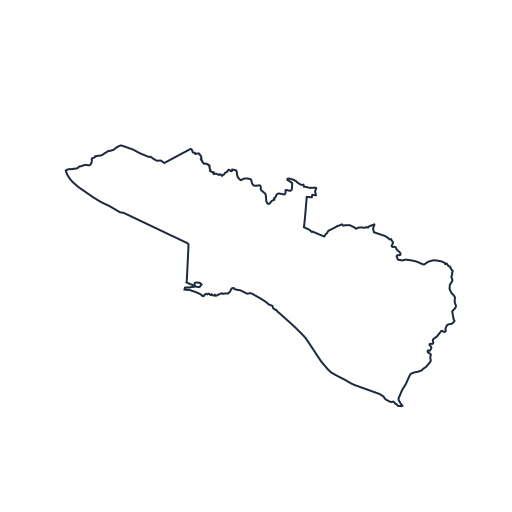 the district of Ratchasan, Chachoengsao, Thailand, rotated 112°
{"feature_id": "78962969B64139480936177", "entity_name": "Ratchasan", "entity_type": "district", "adm_level": 2, "iso_a3": "THA", "parent_name": "Thailand", "parent_adm1": "Chachoengsao", "projection": "robinson", "projection_center": [101.266, 13.772], "detail": "fine", "context": "isolated", "style": "outline", "palette": "slate", "viewbox_px": 512, "rotation_deg": 112, "n_neighbors": 0, "source": "geoboundaries", "source_scale": "gbopen_adm2", "svg_char_len": 6033}
<svg xmlns="http://www.w3.org/2000/svg" viewBox="0 0 512 512"><g transform="rotate(112 256 256)"><path d="M193.1,72.1L193.3,73.3L193.2,73.9L191.6,76.4L192.6,77.5L192.5,77.8L191.8,78.3L191.5,80.7L191.6,82.3L192.4,86.3L193.4,89.8L196.3,93.6L198.0,95.0L200.6,96.7L201.0,97.2L201.2,98.2L201.1,99.1L201.2,100.3L201.0,103.2L201.1,106.3L202.0,110.8L203.0,114.9L203.3,115.8L205.6,119.2L205.6,120.5L206.2,122.3L205.9,123.5L205.0,124.1L204.1,125.2L203.5,125.5L202.7,125.5L202.3,125.2L201.7,123.6L200.9,122.7L200.3,122.6L199.6,123.0L198.8,124.0L197.4,127.8L196.1,129.2L195.5,130.1L195.6,131.0L196.4,132.5L196.4,133.2L196.2,133.7L195.6,134.1L193.2,133.8L192.5,133.9L191.6,134.5L190.9,135.9L189.9,136.8L189.8,137.2L190.4,138.0L190.5,138.6L189.8,140.3L189.1,143.9L189.7,153.4L189.7,154.2L189.9,155.3L189.0,156.2L187.7,157.0L187.0,157.6L185.3,157.9L182.9,157.9L182.5,158.0L182.4,158.2L186.2,162.3L187.8,162.9L187.8,164.4L188.8,165.4L189.5,166.7L189.8,168.4L190.8,170.8L191.4,171.7L193.3,173.6L193.3,173.8L192.9,174.4L192.7,175.1L192.3,180.6L194.2,185.1L195.2,186.6L194.5,188.2L196.4,190.1L197.9,191.9L200.0,193.5L205.4,198.2L206.2,198.5L208.0,198.7L209.9,199.6L211.8,199.9L212.4,200.1L212.2,212.7L212.3,212.9L212.8,213.1L211.6,216.9L211.4,222.3L203.9,224.4L182.2,231.1L180.7,226.3L178.5,226.7L178.1,226.6L177.6,224.3L177.2,223.3L176.2,223.8L174.3,225.3L173.4,225.5L170.6,225.5L170.3,226.0L170.4,226.7L171.9,229.7L172.7,231.8L173.2,235.5L173.8,237.5L172.1,238.7L173.0,240.3L173.1,241.0L172.5,244.8L171.8,246.4L171.2,249.3L171.7,252.8L171.6,254.0L172.5,255.7L173.8,255.2L173.9,254.1L174.6,250.7L174.6,250.2L174.8,249.9L175.5,249.5L180.3,247.8L181.4,247.9L182.3,248.3L182.9,249.0L183.4,252.6L183.7,253.1L184.2,253.2L186.6,252.2L187.4,252.3L188.4,252.8L189.3,257.7L189.8,258.7L190.6,259.5L191.4,259.9L193.9,259.9L194.6,260.3L195.2,260.4L195.7,260.9L196.8,260.0L199.0,262.0L202.4,263.1L202.8,263.5L203.1,264.6L202.9,265.2L202.5,265.8L201.3,267.0L196.3,269.5L195.1,270.3L194.5,271.4L193.3,275.2L192.7,276.4L190.1,277.5L189.1,278.4L189.3,279.5L191.2,283.0L191.4,283.7L191.4,284.4L191.0,285.6L190.5,286.5L189.7,287.2L187.3,288.9L186.9,289.7L186.9,290.8L187.5,293.5L188.5,295.6L189.2,296.7L191.1,298.0L191.4,298.8L190.7,300.6L189.7,302.5L188.0,303.8L184.7,305.7L184.1,306.5L184.1,307.0L184.7,310.4L184.9,310.4L185.9,310.1L186.6,310.6L186.6,311.6L186.1,313.1L186.3,313.7L187.0,314.0L189.3,314.6L190.4,315.8L192.3,316.2L192.9,316.6L193.4,317.3L194.3,317.4L194.3,318.0L193.7,319.4L193.7,319.9L193.9,320.3L194.7,320.7L194.6,323.6L194.9,324.4L195.5,325.2L195.8,326.0L195.4,326.4L194.3,326.5L194.1,326.7L194.2,327.0L194.7,327.8L194.4,329.0L194.6,330.2L193.8,330.7L193.0,330.7L192.7,331.4L191.4,332.1L191.0,332.5L190.0,332.6L189.9,332.7L189.8,333.5L189.1,334.1L189.4,334.8L189.3,335.1L189.0,335.4L189.1,336.8L190.0,338.8L189.5,339.5L189.0,341.0L188.1,341.4L187.7,341.9L187.6,342.6L187.1,342.7L186.7,343.6L186.4,343.6L186.0,343.3L185.6,343.3L184.2,344.3L183.4,345.2L183.3,346.0L182.4,346.9L182.5,348.1L184.0,350.2L184.1,350.5L183.9,350.8L183.2,351.4L183.6,352.6L183.5,353.6L181.9,354.8L181.4,355.6L181.2,356.4L181.3,356.8L204.1,375.9L203.2,379.9L203.3,380.4L204.4,382.6L204.8,384.0L204.3,387.5L203.5,390.8L204.3,392.6L204.2,402.5L203.4,409.7L203.7,418.0L204.0,422.5L205.3,424.1L207.9,426.2L210.9,427.8L213.6,431.3L214.0,432.3L216.2,433.8L217.6,435.0L218.7,435.5L220.6,437.1L223.7,442.3L224.1,442.1L225.4,443.0L227.1,444.7L229.5,443.8L231.1,443.5L233.0,443.6L234.1,444.3L234.7,445.3L235.1,447.4L236.0,449.3L238.2,451.7L239.3,453.5L241.1,454.2L242.4,455.7L242.9,456.5L243.2,457.5L244.1,458.6L245.7,462.2L246.5,463.1L248.0,464.4L251.1,461.8L254.6,456.8L256.2,453.4L258.2,447.8L258.9,445.3L262.7,428.2L263.9,420.8L264.2,418.2L264.6,410.6L266.4,398.6L265.6,394.7L268.4,347.8L268.6,345.4L269.1,335.6L269.8,325.0L270.0,323.8L270.4,323.2L271.0,322.7L304.9,310.9L306.5,310.6L306.7,306.8L306.6,302.4L306.2,302.1L305.6,302.1L304.1,302.7L303.7,302.5L303.3,301.9L302.6,300.6L302.2,298.8L301.9,298.3L302.2,297.6L302.6,295.9L305.3,296.5L306.1,297.0L306.3,297.4L306.9,300.5L310.0,305.9L311.9,310.0L313.9,309.7L313.0,306.4L312.4,305.4L312.3,303.7L312.0,297.8L312.2,293.7L312.4,292.4L313.1,291.2L312.8,289.5L312.1,289.6L309.7,288.1L309.8,286.7L308.7,285.9L309.2,283.5L308.2,282.9L308.7,282.3L308.5,280.3L308.4,280.0L307.5,279.8L307.3,279.6L307.9,278.3L306.7,277.0L306.0,276.7L305.3,275.7L303.4,273.9L303.5,272.3L302.6,271.2L301.1,267.7L298.8,266.8L295.3,266.4L294.6,265.8L294.2,265.0L294.1,264.3L294.7,263.7L294.8,263.3L294.2,259.7L293.8,258.4L293.7,257.5L294.3,250.3L293.7,249.0L292.7,247.8L292.4,245.7L293.8,235.2L294.9,229.6L296.1,226.0L296.1,222.1L298.0,220.5L298.7,217.8L298.7,217.5L298.4,217.3L298.4,217.1L299.5,215.2L300.2,213.0L305.5,198.2L307.9,192.0L310.6,185.6L312.9,180.4L315.1,176.8L329.1,156.5L334.2,146.9L335.8,142.7L336.5,137.9L337.6,126.2L338.5,120.3L338.7,116.3L337.7,89.9L338.3,85.8L338.9,84.5L339.7,83.5L340.5,81.7L340.9,76.7L340.4,75.3L339.7,74.5L339.7,73.8L340.1,72.4L340.8,71.6L340.9,69.8L341.7,68.6L341.6,67.6L340.8,65.0L340.0,64.2L338.7,66.5L336.1,69.8L335.4,70.2L334.4,70.5L325.3,70.3L318.6,69.1L309.5,68.8L308.5,68.6L307.2,68.2L306.4,67.6L304.7,65.7L303.1,63.1L300.6,60.1L300.1,59.7L297.5,58.4L294.8,56.6L288.4,54.7L287.2,54.9L285.3,56.2L283.6,56.7L282.3,56.8L281.8,57.1L281.4,57.9L281.1,60.0L280.6,60.9L280.0,61.2L279.4,61.3L279.1,61.0L278.7,59.4L276.8,59.0L275.8,59.0L275.2,59.2L274.7,59.5L273.5,61.8L272.7,62.0L272.1,61.5L271.4,59.5L270.8,59.1L270.0,59.1L268.0,60.5L267.3,60.6L265.6,59.9L263.1,58.2L256.1,56.1L255.8,55.7L255.7,55.2L255.9,52.9L254.8,52.0L254.3,52.0L252.2,53.2L249.2,53.0L248.1,52.7L247.0,51.6L246.1,49.8L245.7,49.3L244.2,48.4L242.2,47.6L241.6,47.8L240.9,48.8L238.9,50.2L233.9,53.3L233.1,53.1L231.1,52.4L229.9,51.8L228.5,51.7L227.3,51.9L224.7,54.3L221.7,55.5L219.8,56.0L218.2,58.2L217.6,59.9L217.0,60.9L214.7,63.6L213.8,64.3L210.0,65.5L206.7,64.8L205.3,64.7L203.6,65.6L202.9,66.5L202.0,67.1L201.4,67.2L200.0,67.1L198.4,67.8L196.4,67.9L195.9,68.4L195.2,70.0L194.6,70.7L193.1,72.1Z" fill="none" stroke="#1e293b" stroke-width="2"/></g></svg>